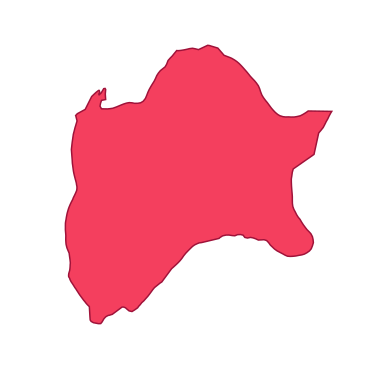 Al Maghrabah, Hajjah, Yemen, rotated 191°
{"feature_id": "15242507B35266123167790", "entity_name": "Al Maghrabah", "entity_type": "district", "adm_level": 2, "iso_a3": "YEM", "parent_name": "Yemen", "parent_adm1": "Hajjah", "projection": "robinson", "projection_center": [43.629, 15.902], "detail": "fine", "context": "isolated", "style": "filled", "palette": "rose", "viewbox_px": 384, "rotation_deg": 191, "n_neighbors": 0, "source": "geoboundaries", "source_scale": "gbopen_adm2", "svg_char_len": 4067}
<svg xmlns="http://www.w3.org/2000/svg" viewBox="0 0 384 384"><g transform="rotate(191 192 192)"><path d="M63.9,160.1L63.5,162.2L63.2,165.4L63.2,165.5L64.1,168.5L65.3,171.2L67.4,173.8L69.6,175.4L72.1,177.1L74.2,179.0L76.4,181.0L78.7,183.4L80.7,185.7L82.9,187.5L84.9,189.6L86.8,192.1L88.7,194.4L90.3,197.1L91.3,200.1L92.0,203.4L92.7,206.9L93.5,209.8L94.5,213.3L95.5,217.0L96.4,220.8L97.0,223.7L97.1,226.9L97.3,230.5L97.0,234.0L79.4,252.2L78.9,274.1L77.2,277.1L75.5,280.4L74.6,283.4L73.7,286.7L72.7,289.6L71.9,292.8L70.9,296.0L70.2,297.8L93.4,293.7L95.4,291.6L97.8,289.4L100.2,287.5L103.3,286.1L106.0,285.1L108.9,284.5L111.8,284.1L114.4,283.5L117.1,283.3L119.7,283.6L120.2,283.6L122.7,284.5L125.4,286.0L127.8,287.7L130.1,289.5L132.6,291.8L135.1,294.1L137.3,295.9L139.8,298.2L141.9,300.5L143.8,303.5L145.2,306.1L147.1,308.9L149.6,311.3L151.9,313.2L154.2,314.8L156.8,316.7L158.9,318.5L161.2,320.4L163.4,322.1L165.6,323.8L167.9,325.5L170.4,327.2L172.9,328.6L175.4,329.7L178.2,330.7L179.7,331.1L186.6,332.3L194.1,338.2L203.0,339.1L204.6,339.0L212.8,333.0L216.1,333.2L218.0,333.2L218.9,333.2L221.7,332.3L224.3,331.1L226.9,330.0L229.6,329.0L232.1,328.2L234.1,327.9L234.3,327.4L235.9,324.5L237.3,321.8L238.9,319.4L240.6,316.5L241.3,312.5L242.3,309.7L242.8,309.1L246.2,305.1L247.7,302.3L248.8,299.5L249.5,296.4L250.3,293.5L251.4,290.7L252.5,287.7L253.6,284.4L254.3,281.5L254.9,278.1L255.6,274.9L256.3,273.6L257.1,271.9L259.4,269.8L262.0,268.8L265.2,268.1L267.8,268.1L270.6,267.8L273.2,266.8L275.8,265.4L278.3,263.8L280.7,262.2L282.5,261.0L283.2,260.6L285.7,259.1L288.3,258.2L290.9,257.4L293.8,256.9L296.7,256.4L298.7,258.7L298.7,261.7L298.3,264.7L294.4,266.3L295.8,271.6L296.3,276.2L297.1,277.1L298.4,276.6L300.0,272.0L300.4,271.4L301.7,269.7L302.2,270.3L301.7,272.2L301.9,273.0L302.4,274.0L303.1,273.9L305.1,271.6L306.8,269.3L308.7,266.6L312.6,252.7L319.5,247.0L320.8,244.9L320.7,244.8L318.4,239.8L318.9,234.6L319.1,232.8L319.3,229.0L319.5,226.1L319.1,218.1L319.0,216.7L318.5,210.7L315.7,200.5L315.3,198.9L314.9,197.3L314.3,195.6L313.5,193.2L312.9,191.4L312.2,189.4L311.5,187.7L310.7,185.9L310.0,184.4L309.2,182.7L308.2,180.7L307.3,178.8L306.8,177.3L305.9,175.1L305.6,173.3L305.5,171.6L305.9,169.5L306.4,167.4L306.9,165.5L307.4,163.7L307.7,161.9L308.3,159.9L308.8,158.1L309.2,156.5L309.6,154.6L310.0,152.5L310.2,150.6L310.4,148.5L310.5,146.8L310.5,145.1L310.5,143.0L310.4,141.1L310.4,138.9L310.3,137.1L310.2,136.8L309.9,135.0L309.5,133.0L309.1,130.8L308.6,129.0L308.0,126.9L307.5,125.0L307.2,123.2L306.8,121.0L306.3,119.0L305.7,116.8L304.9,115.0L304.1,113.3L303.0,111.6L302.0,110.1L300.9,108.5L300.4,106.9L299.7,104.8L299.0,102.8L298.4,100.9L297.9,99.2L297.7,97.3L297.4,95.3L297.2,93.5L297.1,91.7L297.4,88.5L297.3,86.9L296.9,85.3L295.7,84.0L295.0,82.7L293.9,81.3L293.6,80.9L292.6,79.9L291.2,78.5L289.9,77.1L288.7,75.8L287.5,74.7L286.4,73.5L285.1,72.2L283.8,70.8L282.5,69.5L281.3,68.4L280.0,67.2L278.8,66.1L277.6,65.0L276.2,63.9L276.0,63.7L275.0,62.8L273.6,61.7L272.3,60.8L270.9,59.9L268.1,49.0L267.5,46.9L266.3,45.7L263.8,44.9L261.0,44.9L258.7,44.9L256.5,45.4L255.5,47.2L254.2,50.9L252.8,53.1L250.8,54.8L249.3,55.4L247.0,56.7L246.9,56.7L238.7,65.7L237.1,66.0L235.3,65.7L233.3,64.5L231.1,63.3L228.1,63.2L225.8,65.3L223.3,67.9L222.5,69.7L221.4,71.4L220.2,73.8L218.5,76.0L217.0,78.6L215.5,81.1L214.3,83.5L213.1,86.0L211.9,88.6L210.6,91.0L205.9,96.6L204.5,97.9L197.4,112.8L195.2,115.7L193.5,118.0L192.1,120.0L190.7,122.2L189.2,125.0L188.0,127.8L186.4,130.8L184.4,133.9L182.5,136.7L181.1,138.7L179.3,140.6L177.3,142.1L175.3,143.4L172.9,144.2L156.6,151.6L156.0,152.5L153.6,154.8L150.4,156.2L147.6,156.8L144.3,156.9L141.6,157.2L139.2,158.8L136.3,159.5L133.6,159.4L131.5,157.5L128.8,157.4L125.9,158.6L123.2,158.6L120.5,158.2L117.7,157.5L114.9,158.2L112.2,158.9L109.5,158.6L107.1,156.9L104.9,154.8L102.5,153.3L101.0,152.3L100.0,151.7L97.1,150.4L94.4,149.6L94.1,149.5L91.4,148.7L88.7,147.8L86.1,147.2L83.3,147.5L80.5,148.2L77.9,149.0L75.0,150.2L72.3,151.2L70.0,152.4L69.8,152.5L67.5,154.4L65.5,156.5L64.1,159.0L63.9,160.1Z" fill="#f43f5e" stroke="#9f1239" stroke-width="1.5"/></g></svg>